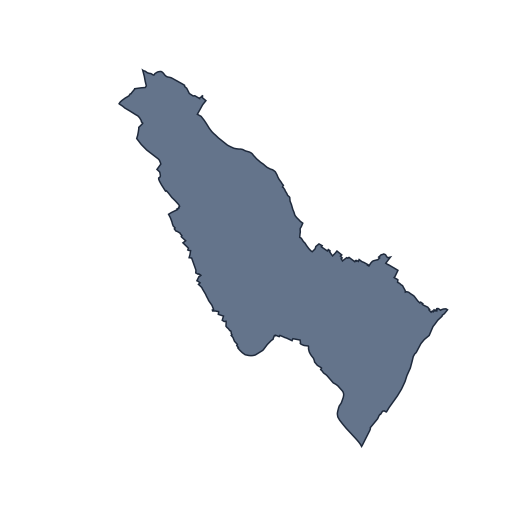 Bang Sai, Phra Nakhon Si Ayutthaya, Thailand, rotated 119°
{"feature_id": "78962969B611560347556", "entity_name": "Bang Sai", "entity_type": "district", "adm_level": 2, "iso_a3": "THA", "parent_name": "Thailand", "parent_adm1": "Phra Nakhon Si Ayutthaya", "projection": "robinson", "projection_center": [100.288, 14.305], "detail": "fine", "context": "isolated", "style": "filled", "palette": "slate", "viewbox_px": 512, "rotation_deg": 119, "n_neighbors": 0, "source": "geoboundaries", "source_scale": "gbopen_adm2", "svg_char_len": 6071}
<svg xmlns="http://www.w3.org/2000/svg" viewBox="0 0 512 512"><g transform="rotate(119 256 256)"><path d="M144.4,375.1L143.5,379.8L141.9,380.3L141.9,380.7L143.0,380.8L145.1,381.9L145.6,381.7L145.5,387.2L146.5,388.6L146.2,393.1L142.9,397.9L142.4,400.5L141.3,401.3L141.2,404.5L141.2,416.4L141.5,417.8L142.3,420.2L142.4,421.4L142.0,423.4L141.1,425.4L140.8,426.4L140.6,427.4L140.6,428.2L140.8,428.8L141.0,429.2L142.1,430.6L142.9,431.4L145.2,432.7L145.8,432.9L147.0,432.9L147.4,433.3L147.5,434.0L147.4,435.8L147.4,436.4L148.0,438.0L148.4,439.9L148.1,442.3L148.2,443.1L148.5,444.1L148.4,445.2L153.0,440.8L156.8,437.7L160.4,434.4L162.3,434.5L164.6,438.0L168.5,443.2L168.9,443.0L169.3,443.1L173.6,443.9L174.5,443.9L174.7,444.0L175.2,444.6L177.6,444.8L181.3,447.0L184.8,448.6L187.1,449.4L189.2,449.6L189.3,449.4L189.6,445.3L190.2,442.3L190.3,437.3L190.7,429.9L190.7,429.4L190.7,427.4L191.5,424.9L191.9,424.2L193.2,422.0L193.7,421.5L194.1,421.4L194.4,420.7L194.7,419.5L195.1,419.4L195.9,419.6L200.3,420.9L201.6,420.2L204.5,419.1L207.8,418.0L211.1,417.3L214.1,410.4L216.3,403.0L218.3,389.7L218.3,389.2L219.0,387.0L220.5,385.1L221.7,383.8L228.3,384.6L229.1,381.2L229.9,380.3L231.9,378.7L232.8,378.3L233.6,378.3L234.8,378.9L235.1,378.9L236.2,378.1L237.4,376.6L239.5,373.3L243.1,366.7L243.1,366.4L242.4,366.0L242.5,365.7L243.3,363.3L245.6,358.0L246.9,353.3L248.2,349.5L248.6,348.4L249.5,346.9L250.8,347.3L251.1,346.7L251.3,346.6L253.2,347.9L253.5,347.2L258.9,351.0L261.9,352.7L264.0,349.5L266.9,346.1L268.4,344.7L269.9,343.0L270.7,340.4L271.9,340.6L273.0,338.1L272.7,336.9L272.8,333.4L273.2,333.1L274.0,330.8L275.1,330.9L275.4,330.6L276.8,324.9L279.9,326.3L281.9,318.9L283.8,318.6L283.7,317.4L283.0,315.8L286.8,314.4L289.9,313.7L289.0,311.3L297.2,302.0L298.0,301.4L300.0,300.5L300.0,297.8L299.3,297.4L299.7,295.9L299.4,295.7L299.6,294.8L301.6,295.6L301.7,295.9L306.3,295.7L306.2,294.6L306.6,291.9L307.2,292.1L308.7,292.6L309.4,289.7L309.9,288.1L310.7,287.0L313.9,281.5L315.0,280.1L317.5,276.3L317.8,276.1L320.5,270.6L323.3,267.2L323.6,267.2L324.4,268.0L325.1,267.3L323.5,264.2L323.5,263.7L322.7,261.8L323.6,261.3L325.3,260.7L324.3,255.3L328.6,254.4L328.7,252.0L327.6,250.6L328.1,250.2L329.0,249.7L332.0,248.2L332.5,247.0L333.0,244.8L334.0,242.7L333.9,242.5L333.7,242.2L333.7,241.9L334.7,240.7L335.6,240.2L335.9,239.9L336.6,238.8L337.5,239.2L338.4,236.7L341.0,233.5L342.4,229.4L343.7,229.4L344.5,227.1L345.2,227.3L346.2,224.7L346.8,222.6L347.2,221.1L347.6,217.6L346.5,214.0L346.1,213.1L345.5,211.9L344.6,210.5L343.2,208.9L342.7,208.5L335.4,204.4L334.4,204.1L327.9,203.2L322.6,201.7L320.5,200.7L319.6,201.0L316.6,201.3L316.4,200.4L315.8,200.4L315.3,196.6L315.1,196.5L313.9,196.6L313.8,196.3L313.5,193.4L313.3,190.8L313.0,189.9L312.6,183.4L310.4,183.6L309.2,179.9L308.1,176.7L309.9,175.3L311.0,174.9L311.3,173.9L311.1,171.5L310.9,170.4L309.4,166.8L309.4,166.6L309.7,166.2L310.1,165.9L311.7,165.1L313.7,163.3L314.3,162.6L315.3,161.1L316.3,159.3L317.4,156.6L317.8,155.9L319.3,154.2L320.3,153.4L321.9,149.3L322.1,144.5L322.3,144.3L324.0,144.4L324.4,142.7L325.5,140.3L325.7,139.2L325.8,137.8L326.1,136.2L329.3,127.5L329.5,127.0L329.5,124.1L329.8,121.7L332.2,114.9L332.9,113.7L334.0,112.6L334.9,112.0L336.2,111.5L337.5,111.1L342.9,110.2L343.9,110.2L346.7,110.5L348.5,110.2L352.0,109.3L354.1,108.6L355.1,108.0L357.1,106.4L357.5,105.8L359.0,103.3L360.8,99.1L363.0,93.5L367.3,80.4L368.9,76.0L370.1,73.4L371.4,71.3L369.1,71.3L353.5,71.9L351.7,72.2L350.7,72.8L339.4,70.7L335.7,71.0L334.7,70.9L334.4,70.8L334.3,70.4L334.2,70.3L330.5,70.1L329.3,68.8L329.3,66.8L329.3,66.5L328.9,66.3L323.7,66.1L309.8,64.5L302.0,64.2L297.4,64.5L293.4,64.8L287.5,66.0L279.2,66.7L272.8,68.3L267.7,69.7L264.6,69.7L263.2,69.2L262.0,69.1L252.7,69.3L247.4,68.3L241.6,66.0L231.8,67.0L229.1,66.5L224.1,65.9L218.5,64.1L218.3,64.1L217.5,64.4L215.2,63.3L210.2,62.4L210.1,64.0L210.3,64.6L211.6,66.5L213.2,67.9L214.0,68.3L213.6,70.7L213.7,71.4L214.1,72.0L214.4,72.4L215.0,72.3L215.1,71.7L216.4,71.3L216.2,72.6L217.1,72.7L216.7,74.2L217.1,74.3L217.3,73.5L219.0,74.0L218.7,75.2L220.3,75.6L219.3,78.5L218.6,78.2L218.2,79.3L217.5,81.0L217.8,85.8L217.6,87.1L216.8,87.0L216.5,89.6L217.6,89.9L216.9,92.7L214.5,98.1L214.3,99.0L214.0,102.9L213.8,104.3L213.7,104.9L214.2,107.0L215.2,107.9L214.2,108.5L213.6,109.2L211.6,112.4L211.0,113.2L210.8,113.9L210.9,114.7L210.3,117.2L210.4,119.4L208.0,120.4L207.9,124.7L206.2,124.5L199.7,124.9L199.4,136.0L199.6,136.1L199.4,139.0L191.8,137.9L193.2,139.4L193.6,140.3L192.9,142.0L192.2,143.1L192.1,143.8L192.3,145.3L192.7,145.5L194.2,147.0L194.6,147.3L195.9,147.6L197.5,148.2L197.8,146.9L199.6,147.5L200.1,147.6L200.3,147.7L200.9,148.5L203.2,150.9L204.2,151.6L206.6,152.2L210.0,152.4L210.0,154.0L209.3,153.9L209.3,158.7L209.6,160.5L209.1,164.1L211.1,163.8L211.1,165.7L211.8,165.7L211.8,166.8L213.1,166.8L212.1,174.0L212.9,174.5L213.4,174.6L213.5,175.9L218.4,178.0L217.9,178.6L217.2,180.2L215.9,179.7L215.2,182.1L213.5,181.5L212.4,187.6L215.2,188.1L218.8,189.1L216.7,193.5L216.4,193.4L216.0,194.3L215.5,194.1L215.3,195.9L217.0,196.0L216.3,203.3L214.9,203.1L214.9,206.8L218.7,208.3L220.3,207.9L221.3,207.8L225.0,208.9L224.9,210.3L224.3,212.3L223.8,213.7L222.3,217.0L221.0,219.3L220.6,220.7L220.3,221.7L218.5,225.0L218.5,226.8L215.7,228.1L213.5,228.9L211.8,230.0L210.5,230.7L208.4,230.6L204.6,231.0L204.2,234.1L203.5,236.1L202.7,239.0L201.8,241.2L201.1,242.2L199.4,243.9L197.5,246.3L193.8,250.0L191.5,252.8L188.4,254.9L188.1,255.6L187.6,257.8L186.4,259.3L184.9,262.0L184.0,263.0L182.9,265.4L182.9,266.2L181.6,266.4L180.9,266.3L180.1,268.4L179.4,269.4L177.8,272.9L176.4,275.1L174.9,276.9L173.0,279.9L172.8,280.8L172.5,283.3L173.0,285.6L173.1,289.4L172.8,290.8L172.7,291.5L172.1,294.1L171.8,297.5L171.2,300.2L170.9,301.9L170.5,303.3L169.6,305.8L169.4,306.7L168.5,308.6L168.2,310.1L168.2,311.1L168.3,312.4L169.2,316.2L169.3,319.3L169.9,321.2L170.9,323.1L171.8,325.4L172.5,327.6L172.8,331.6L172.9,334.6L170.9,346.4L169.9,350.0L169.4,352.4L168.6,355.1L167.0,358.7L164.2,363.7L162.4,367.2L160.8,371.0L160.5,371.6L160.5,376.0L149.6,376.0L144.4,375.1Z" fill="#64748b" stroke="#1e293b" stroke-width="1.5"/></g></svg>